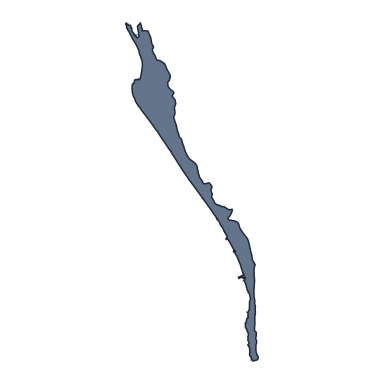 Khlong Yai, Thailand
{"feature_id": "78962969B6088358830933", "entity_name": "Khlong Yai", "entity_type": "district", "adm_level": 2, "iso_a3": "THA", "parent_name": "Thailand", "parent_adm1": "", "projection": "robinson", "projection_center": [102.857, 11.818], "detail": "fine", "context": "isolated", "style": "filled", "palette": "slate", "viewbox_px": 384, "rotation_deg": 0, "n_neighbors": 0, "source": "geoboundaries", "source_scale": "gbopen_adm2", "svg_char_len": 5925}
<svg xmlns="http://www.w3.org/2000/svg" viewBox="0 0 384 384"><path d="M128.0,24.3L127.8,24.5L127.4,24.3L126.5,23.2L125.9,23.3L125.7,23.5L126.0,24.3L125.8,24.6L125.9,24.9L126.2,25.1L126.7,26.2L126.6,27.0L126.7,27.5L126.7,28.0L127.3,28.8L127.7,29.8L129.4,32.5L132.9,39.4L135.7,43.9L137.2,46.8L139.2,51.4L139.2,51.7L139.1,52.7L142.0,60.6L142.5,64.2L142.2,67.9L140.9,75.9L140.5,77.5L139.7,79.3L139.1,79.2L138.8,79.7L138.6,79.2L137.5,79.2L136.1,79.9L135.5,79.6L134.7,80.1L134.5,80.3L134.3,82.2L134.0,83.0L133.6,83.1L133.5,83.8L132.6,83.9L132.4,84.2L132.4,85.4L132.1,85.9L132.0,88.3L132.1,89.7L132.4,92.8L133.5,96.5L135.0,99.3L135.4,101.2L138.6,106.2L138.9,106.6L139.6,107.1L141.3,110.0L148.8,119.7L156.8,130.9L157.9,132.0L158.5,133.3L160.5,136.4L165.5,143.7L168.2,147.8L169.9,150.3L171.1,151.2L170.8,151.5L172.1,153.7L183.3,171.3L188.0,178.0L188.2,178.6L191.2,182.6L202.6,198.1L202.5,198.4L203.8,199.8L212.1,211.3L213.7,213.9L216.2,217.1L216.1,217.3L216.3,217.6L216.2,217.7L216.8,218.7L217.0,218.6L217.0,219.1L217.3,219.0L217.6,219.2L217.5,219.4L217.5,219.5L217.7,219.4L218.3,220.9L218.7,221.0L219.1,221.5L220.0,223.6L219.9,223.7L220.7,225.3L221.1,225.7L221.7,225.9L221.5,226.2L223.5,229.3L223.5,230.0L224.0,231.0L224.4,231.3L224.2,231.5L227.0,236.1L227.0,236.5L227.2,236.8L226.9,237.1L226.6,238.1L225.5,239.0L226.4,238.6L226.6,239.0L225.7,239.9L227.4,238.8L227.7,239.0L230.4,243.5L234.1,250.2L233.7,250.5L233.2,251.1L234.3,250.6L234.5,250.8L233.7,251.4L233.8,251.5L235.4,250.9L235.5,251.1L235.4,251.3L234.5,251.8L234.0,251.9L233.9,252.1L234.0,252.3L234.3,252.3L234.4,252.0L234.6,252.1L235.5,254.2L236.4,255.4L236.8,256.4L237.6,257.6L237.7,258.7L238.5,260.0L238.7,260.9L239.3,262.5L239.9,263.3L240.6,265.6L240.9,266.1L241.0,267.1L242.7,272.2L242.8,273.0L243.2,273.6L243.3,274.8L244.9,274.6L241.0,276.1L240.3,276.8L239.2,276.8L238.5,277.1L238.8,278.3L239.0,278.5L239.4,278.4L239.3,277.9L240.9,277.3L241.1,277.6L242.3,277.2L244.5,277.0L244.6,277.3L243.0,277.8L243.1,278.3L245.4,277.8L245.3,278.1L243.5,279.1L244.2,279.0L244.6,279.7L244.7,280.0L244.1,280.5L244.6,280.5L244.5,280.9L244.6,281.4L246.2,285.5L246.3,286.7L247.0,288.9L247.1,290.0L247.5,290.2L248.2,291.6L249.0,291.5L248.3,292.0L248.2,292.2L248.6,292.2L249.9,295.6L250.1,297.5L250.6,298.1L250.5,299.2L250.3,299.3L250.1,300.4L249.7,301.1L249.4,302.7L249.5,303.3L249.4,306.2L249.5,307.2L249.2,309.0L249.5,309.7L249.5,310.0L248.7,310.5L247.9,312.4L247.5,312.4L247.6,312.5L247.6,312.8L247.9,313.2L248.1,314.0L248.1,315.1L247.8,315.5L248.2,316.6L248.1,317.0L247.9,317.1L247.8,317.6L248.1,317.7L248.0,318.0L247.2,318.3L246.6,319.0L246.7,320.2L246.3,320.8L246.2,321.3L246.4,322.3L246.0,322.9L245.4,323.0L245.1,323.6L245.4,324.0L245.4,324.5L245.5,324.9L245.3,325.9L245.5,327.5L245.8,328.2L246.5,328.9L247.0,330.0L246.9,330.6L247.9,332.3L248.1,333.3L248.6,334.6L248.3,334.9L248.3,336.1L247.8,336.6L248.1,338.8L247.8,340.2L248.3,341.2L248.8,341.9L249.0,343.0L248.9,343.7L247.9,344.6L247.8,345.1L248.1,345.6L249.2,346.1L249.2,346.4L248.9,346.7L249.0,347.2L249.7,348.5L249.7,349.4L249.9,349.7L249.6,350.1L249.6,350.5L250.0,351.7L250.3,352.0L250.2,352.2L249.9,352.3L249.6,352.8L249.8,353.3L249.5,354.3L249.6,355.1L250.1,356.1L250.6,356.4L250.8,357.2L251.5,357.7L251.6,357.9L251.4,358.2L251.5,359.4L251.6,358.8L251.7,359.3L251.9,359.5L251.6,359.8L252.2,359.9L252.8,361.0L254.0,360.8L256.9,360.0L257.4,359.7L257.9,358.9L258.2,358.3L258.3,357.3L256.3,352.8L255.9,350.5L255.9,345.1L256.6,343.0L256.6,341.6L256.4,340.1L255.8,338.9L255.7,338.3L256.3,335.5L256.2,333.9L256.4,332.5L256.0,332.0L254.8,331.0L254.6,330.6L254.5,327.7L254.9,324.2L254.8,316.5L255.3,314.1L255.4,312.5L255.2,309.3L255.4,307.1L255.2,305.7L254.7,303.9L254.8,300.5L254.1,296.8L254.0,294.3L253.9,292.3L254.2,285.8L254.6,280.7L254.2,275.6L254.0,270.3L254.0,269.1L254.4,267.0L254.7,266.2L255.1,264.5L252.8,260.6L252.4,259.7L252.1,258.4L251.8,255.1L250.8,252.1L250.4,249.3L248.4,241.0L247.7,239.3L246.5,237.3L245.3,236.0L242.7,232.6L239.8,228.0L238.6,223.8L237.8,222.6L236.4,221.6L234.4,220.9L229.8,220.1L228.6,219.7L228.3,219.4L228.2,218.4L228.4,217.4L229.2,216.7L230.0,215.8L231.5,212.8L232.2,210.8L232.3,209.7L232.2,209.4L231.8,209.3L230.0,209.7L228.8,209.6L228.0,209.3L224.0,206.6L223.7,206.5L222.0,206.8L221.6,206.6L220.5,205.7L216.6,204.5L215.0,203.5L214.1,201.2L211.8,197.4L211.6,196.6L211.7,195.7L212.2,195.1L212.4,194.3L211.3,191.8L211.1,190.9L211.0,189.7L211.3,188.8L211.8,188.2L211.9,187.4L211.9,186.7L211.4,185.5L209.1,182.9L208.6,182.8L207.7,183.2L204.6,183.8L203.3,183.5L202.2,181.0L200.1,178.1L199.3,176.6L199.0,174.9L198.4,173.6L198.1,171.2L197.3,168.5L197.3,167.6L196.9,166.2L196.5,165.2L195.5,163.7L195.1,163.5L192.8,161.4L189.9,159.3L188.6,157.8L187.3,155.7L185.0,150.7L183.8,146.6L182.4,142.9L181.6,139.7L181.3,139.1L179.6,137.3L179.2,136.5L178.3,133.0L177.2,130.0L176.7,127.0L176.0,124.5L174.0,118.8L173.7,116.8L173.8,116.1L174.7,114.8L175.0,113.7L174.8,110.4L174.5,109.0L174.5,107.1L175.5,104.6L175.8,103.5L175.0,99.9L174.7,99.3L172.6,96.9L172.4,96.3L172.4,95.4L173.3,94.0L173.8,92.9L173.8,92.4L173.5,91.9L170.1,89.2L168.1,86.5L167.7,82.5L167.9,82.0L169.3,80.6L169.6,79.9L169.7,78.3L170.4,77.1L170.4,76.5L169.9,74.6L166.7,68.8L165.4,65.3L164.7,64.0L163.5,62.8L162.4,62.3L160.7,60.9L159.3,60.5L157.0,60.1L156.2,58.9L154.8,55.1L153.3,53.0L152.5,50.7L152.4,49.9L152.5,49.2L153.3,47.8L153.5,47.1L153.4,46.2L152.4,44.8L151.5,42.6L151.2,40.1L150.5,36.9L149.0,33.7L148.3,31.6L148.0,31.2L146.9,30.8L142.7,30.8L142.0,30.6L142.4,30.0L142.3,29.0L141.6,27.4L141.5,26.6L140.4,23.0L140.1,23.1L139.2,24.5L138.5,25.0L137.4,26.3L138.3,31.6L138.7,33.0L138.5,33.6L138.6,34.2L138.3,34.7L139.1,36.0L138.8,36.8L137.0,37.8L136.4,37.3L136.3,36.6L135.6,36.1L136.0,35.6L135.9,35.0L134.1,35.0L134.3,34.4L134.2,33.9L133.6,33.1L132.2,31.6L132.0,31.1L131.8,29.0L131.5,28.7L131.8,28.2L131.4,27.5L130.8,27.4L131.0,26.7L130.5,25.4L130.2,25.1L128.9,25.4L128.5,25.1L128.0,24.3Z" fill="#64748b" stroke="#1e293b" stroke-width="1.5"/></svg>